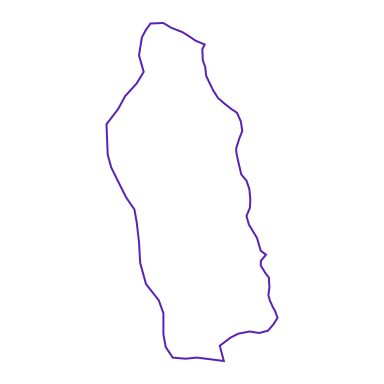 outline of Lapathos, Cyprus
{"feature_id": "46923920B60691928275078", "entity_name": "Lapathos", "entity_type": "district", "adm_level": 2, "iso_a3": "CYP", "parent_name": "Cyprus", "parent_adm1": "", "projection": "orthographic", "projection_center": [33.833, 35.276], "detail": "fine", "context": "isolated", "style": "outline", "palette": "violet", "viewbox_px": 384, "rotation_deg": 0, "n_neighbors": 0, "source": "geoboundaries", "source_scale": "gbopen_adm2", "svg_char_len": 1018}
<svg xmlns="http://www.w3.org/2000/svg" viewBox="0 0 384 384"><path d="M141.9,37.4L139.0,55.4L143.7,71.8L136.7,83.4L125.1,96.2L118.1,109.1L106.5,124.2L107.7,154.6L111.2,167.4L120.4,186.0L126.3,197.7L134.4,209.4L136.7,222.2L139.0,242.0L140.2,263.0L146.0,284.0L158.8,300.4L163.4,313.2L163.4,334.2L165.7,347.0L172.7,357.6L185.5,358.7L197.1,357.6L223.8,361.0L219.8,345.7L230.9,337.4L238.3,333.7L249.5,331.5L259.2,333.0L268.0,330.7L273.7,324.0L277.5,317.8L275.1,311.1L272.7,306.8L269.9,300.6L268.4,295.3L269.4,287.2L268.9,277.7L265.6,273.4L260.8,265.7L260.8,260.9L266.0,254.7L260.8,250.9L257.0,238.0L248.9,224.6L246.5,216.0L249.9,207.9L250.3,199.8L249.4,189.3L246.5,180.7L241.3,174.5L238.9,164.4L236.5,153.4L236.1,148.7L239.4,138.2L242.3,131.0L240.8,121.4L237.0,112.8L231.3,109.0L224.7,103.8L218.0,98.0L213.2,90.4L209.4,82.7L206.1,75.6L205.2,67.0L202.8,60.3L202.3,49.3L204.7,44.5L195.6,40.7L188.5,35.9L182.3,32.1L171.4,27.8L163.3,23.0L150.5,23.5L145.7,30.2L141.9,37.4Z" fill="none" stroke="#5b21b6" stroke-width="2"/></svg>